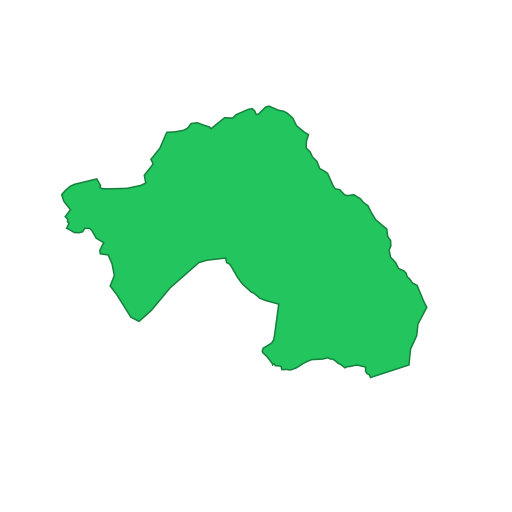 Enugu South, Enugu, Nigeria (orthographic projection), rotated 221°
{"feature_id": "59680162B14374608149112", "entity_name": "Enugu South", "entity_type": "district", "adm_level": 2, "iso_a3": "NGA", "parent_name": "Nigeria", "parent_adm1": "Enugu", "projection": "orthographic", "projection_center": [7.525, 6.407], "detail": "fine", "context": "isolated", "style": "filled", "palette": "green", "viewbox_px": 512, "rotation_deg": 221, "n_neighbors": 0, "source": "geoboundaries", "source_scale": "gbopen_adm2", "svg_char_len": 2357}
<svg xmlns="http://www.w3.org/2000/svg" viewBox="0 0 512 512"><g transform="rotate(221 256 256)"><path d="M404.5,290.8L399.3,274.4L398.7,260.0L394.1,258.1L393.8,255.0L393.3,243.6L387.1,238.8L389.3,233.6L397.7,222.5L412.4,209.0L416.4,205.9L418.7,205.3L419.5,207.2L426.8,209.7L440.2,190.8L442.0,186.5L442.9,180.4L442.9,174.8L436.8,171.2L428.6,169.6L426.4,169.3L425.8,160.5L422.4,160.3L420.6,158.1L418.6,158.1L417.5,154.1L417.1,152.6L415.5,153.2L408.3,154.6L404.7,157.6L402.7,160.5L403.4,164.4L400.0,167.6L396.7,167.6L388.3,164.6L379.7,166.1L377.6,157.8L374.9,155.5L368.3,159.8L359.6,155.7L350.1,148.3L346.4,137.7L335.7,135.5L310.3,127.7L301.4,129.9L299.3,146.0L299.9,175.7L294.8,213.5L290.2,220.7L277.5,234.6L274.4,232.0L273.5,231.8L271.4,232.4L269.8,232.4L266.2,231.3L256.1,227.8L248.9,226.1L246.1,225.9L241.1,225.8L235.8,225.7L232.7,226.7L227.3,226.6L225.2,226.7L219.3,228.8L207.3,234.6L190.3,208.8L187.7,204.4L187.1,200.6L189.2,193.8L190.1,191.1L188.9,188.3L187.4,187.5L181.0,187.2L173.2,185.5L172.0,184.7L171.5,186.3L170.9,186.5L169.4,185.9L166.0,188.5L164.5,189.1L163.9,188.6L163.0,187.8L161.8,187.2L161.3,188.0L160.0,188.9L159.0,190.0L158.3,190.6L156.0,191.9L154.8,193.2L152.2,198.0L150.9,202.0L150.0,205.5L148.6,209.0L147.0,212.4L145.9,214.4L138.3,221.7L135.7,225.3L134.9,226.4L132.6,226.9L131.0,228.0L130.7,228.4L127.6,228.9L123.1,228.9L121.7,229.6L118.4,229.8L115.4,230.0L114.8,231.9L111.9,235.1L109.8,238.1L107.8,240.2L100.4,244.1L97.7,240.9L95.1,240.1L92.1,240.7L89.9,239.3L69.1,274.1L78.2,287.0L82.4,301.2L89.1,310.9L93.4,329.3L99.2,331.6L115.1,339.5L120.3,338.3L124.4,339.4L128.4,339.6L131.3,341.5L134.4,341.8L140.3,340.1L146.1,342.6L153.6,343.4L159.4,347.7L160.9,352.2L164.6,356.0L169.3,357.1L175.1,362.2L180.9,362.0L189.5,361.9L197.6,364.5L204.6,367.4L210.2,366.9L214.8,367.7L222.5,366.4L226.4,361.7L229.4,360.3L236.4,361.0L240.1,358.7L243.4,359.4L256.1,365.3L258.6,365.2L265.2,363.8L272.2,367.4L278.3,367.8L283.4,370.1L289.2,370.5L293.4,376.0L296.0,382.1L300.4,381.2L310.9,380.9L319.0,384.3L326.0,384.3L330.2,383.4L334.7,380.7L344.4,377.7L346.4,375.0L347.0,368.0L347.2,364.5L348.8,363.0L352.3,364.7L355.6,364.7L358.0,361.6L363.7,349.7L364.1,344.8L370.4,339.8L371.8,332.0L373.4,322.6L375.9,322.8L381.7,320.3L387.8,318.0L391.9,313.4L391.4,308.4L392.9,303.6L398.9,296.2L404.5,290.8Z" fill="#22c55e" stroke="#15803d" stroke-width="1.5"/></g></svg>